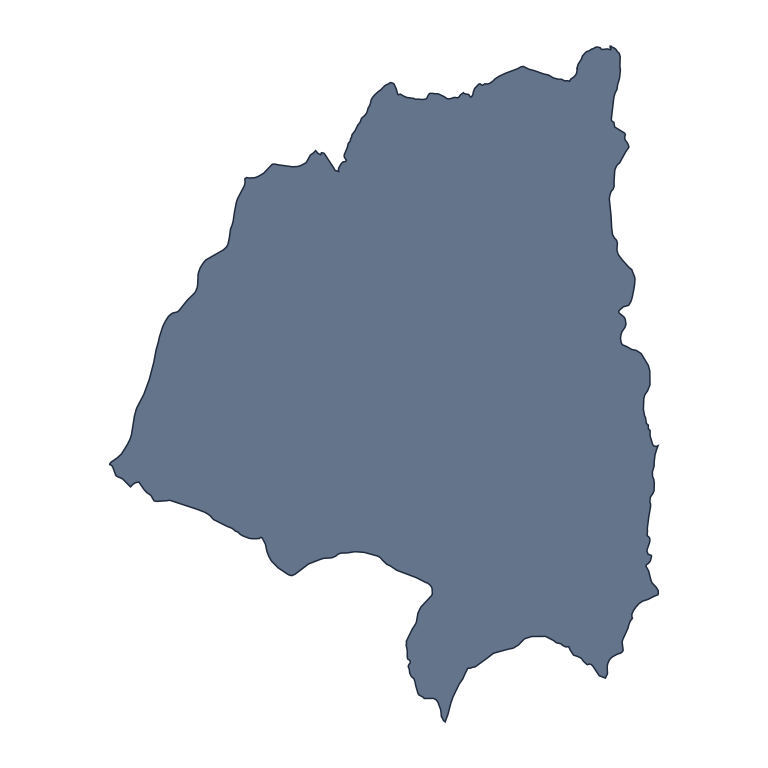 Buenavista, Boyacá, Colombia (Natural Earth projection)
{"feature_id": "7082276B74046727222387", "entity_name": "Buenavista", "entity_type": "district", "adm_level": 2, "iso_a3": "COL", "parent_name": "Colombia", "parent_adm1": "Boyacá", "projection": "natural_earth1", "projection_center": [-73.954, 5.487], "detail": "fine", "context": "isolated", "style": "filled", "palette": "slate", "viewbox_px": 768, "rotation_deg": 0, "n_neighbors": 0, "source": "geoboundaries", "source_scale": "gbopen_adm2", "svg_char_len": 6022}
<svg xmlns="http://www.w3.org/2000/svg" viewBox="0 0 768 768"><path d="M445.2,721.9L448.0,714.2L450.8,703.2L453.1,696.7L459.2,684.1L462.8,678.9L465.4,673.0L467.9,668.2L470.5,668.2L472.0,667.4L475.1,666.9L487.5,657.9L493.4,653.3L506.6,649.6L513.4,648.1L518.3,645.1L524.5,638.8L531.7,636.5L545.5,636.4L553.3,640.4L555.0,641.5L556.2,642.7L560.9,643.8L562.8,645.5L565.6,646.9L568.7,646.7L570.3,650.3L573.5,655.1L578.0,656.6L581.4,658.4L583.5,661.4L587.2,664.7L589.7,664.0L591.3,664.6L593.0,666.3L599.2,675.7L605.4,678.1L607.5,673.7L607.2,666.6L607.7,663.7L609.4,660.0L611.3,657.7L613.7,656.1L617.4,654.1L620.7,653.1L622.1,652.0L623.0,650.9L623.1,649.7L622.1,642.1L622.8,639.5L627.9,628.4L629.1,623.9L630.4,620.9L632.5,618.3L631.9,617.0L631.9,614.1L633.6,610.3L636.0,607.0L638.6,603.9L642.7,601.1L648.1,599.4L653.6,596.5L657.9,594.8L658.3,593.8L658.2,590.6L657.3,589.0L656.0,587.0L651.9,582.7L651.0,580.3L648.6,570.9L646.0,566.2L646.3,564.8L648.1,563.6L649.6,562.1L650.5,560.5L651.5,556.7L651.4,555.4L648.1,554.2L646.9,551.0L647.3,549.0L649.5,542.8L649.9,540.6L649.9,538.9L649.3,537.5L647.1,535.5L647.5,530.9L647.3,528.4L648.8,516.8L650.6,506.3L650.6,504.1L650.0,502.6L649.9,500.4L650.5,496.9L652.9,493.5L654.1,490.6L654.3,482.7L653.8,479.4L652.5,476.2L652.4,471.9L654.1,466.1L654.2,461.8L655.0,455.1L656.5,449.8L658.1,445.6L656.2,446.5L654.6,446.1L653.4,445.7L652.6,444.3L650.1,435.9L650.1,430.4L648.4,429.0L648.3,425.0L646.4,423.5L645.5,417.5L644.7,416.1L644.2,413.8L643.4,409.2L643.8,399.0L644.7,395.0L647.6,390.8L650.0,384.8L649.8,371.0L648.4,365.5L641.2,353.6L636.3,350.4L631.6,349.4L627.0,346.7L622.3,344.7L621.2,342.6L620.5,338.7L620.8,335.5L622.0,331.7L624.9,327.5L626.0,324.2L625.2,319.0L623.9,316.8L619.1,313.1L618.7,311.6L619.5,310.2L623.3,306.8L628.6,305.4L630.8,301.8L632.2,297.5L633.6,290.6L634.5,285.4L635.0,279.4L634.6,276.8L631.7,269.5L629.0,267.4L622.4,260.1L618.2,254.5L616.9,250.0L617.4,243.3L616.6,240.3L614.5,238.0L612.6,234.8L611.7,228.1L611.0,215.2L609.3,199.0L609.8,195.6L611.0,191.7L613.0,189.3L614.1,186.6L614.1,180.4L614.8,170.1L616.1,166.8L617.3,164.7L619.6,163.0L625.5,152.2L628.9,147.2L628.6,145.6L627.2,142.6L625.6,140.6L624.8,138.8L624.8,136.6L625.4,134.6L624.6,133.1L614.7,127.0L613.9,122.4L611.5,120.7L611.3,119.3L613.9,97.2L615.1,93.0L617.0,89.4L617.6,84.8L619.5,78.4L620.4,70.0L619.9,66.0L620.2,56.8L619.3,53.4L617.2,51.4L615.9,49.3L614.3,48.1L611.0,46.6L611.0,46.1L610.1,46.2L610.1,47.4L610.9,48.9L610.6,49.7L607.3,48.9L602.1,49.5L601.2,49.1L600.2,47.7L597.5,47.0L595.6,47.2L593.2,48.7L591.8,49.0L588.9,50.9L586.8,51.5L585.7,52.3L582.4,56.0L581.4,59.1L578.1,64.3L576.9,68.5L577.3,68.5L576.7,72.7L575.9,74.6L573.7,77.1L570.9,78.9L569.5,81.3L567.7,80.7L564.7,80.9L561.5,79.2L558.2,79.2L553.1,77.8L548.5,75.0L543.5,73.9L534.0,70.5L528.9,69.2L523.6,66.5L522.3,66.5L520.8,66.9L517.4,68.8L505.8,73.1L499.2,76.2L495.1,78.8L492.6,81.4L489.8,83.3L487.4,84.0L484.7,83.8L483.2,85.0L482.3,85.3L480.0,83.8L478.8,84.1L474.6,88.5L473.3,91.9L472.9,94.5L471.5,96.9L470.8,97.0L469.8,96.2L468.7,94.5L464.3,93.7L463.4,92.7L460.6,94.7L458.6,97.4L456.9,97.8L455.2,97.4L453.4,97.6L450.8,98.6L448.3,98.9L447.0,98.6L444.1,96.6L438.1,93.8L434.6,93.7L432.1,93.3L430.1,93.4L429.0,94.0L427.5,96.6L427.2,97.7L425.6,99.2L421.7,99.5L418.1,99.1L415.4,99.3L413.8,98.4L407.0,97.5L403.7,96.1L400.3,94.1L398.4,94.8L397.8,94.3L396.0,88.2L394.0,84.0L392.9,83.2L391.1,82.6L390.0,82.7L388.9,83.7L385.6,85.1L384.7,85.8L380.9,89.7L377.9,91.9L374.8,94.8L372.4,97.6L371.1,100.0L370.3,103.9L369.5,105.9L368.3,107.6L366.9,112.5L365.0,115.2L361.5,118.3L360.0,122.5L357.9,124.9L355.1,130.6L352.0,134.7L351.5,137.3L350.5,139.1L350.3,141.0L348.2,143.5L347.4,147.2L344.2,154.9L344.1,156.0L344.6,157.7L346.3,160.1L346.3,160.7L345.6,161.5L343.2,161.8L341.2,163.6L338.9,167.6L338.4,169.5L338.7,171.5L335.0,170.4L334.1,168.5L324.3,153.5L323.6,153.1L321.4,152.7L320.7,154.7L318.3,153.6L315.6,150.6L313.6,152.8L310.4,155.0L306.2,162.6L301.2,165.4L297.7,166.5L292.7,166.8L278.1,164.8L275.1,164.1L272.9,164.1L271.7,164.8L263.6,173.3L257.8,176.6L254.4,177.8L248.8,178.0L246.6,177.5L246.1,177.8L244.8,178.9L245.1,182.0L244.5,185.4L238.2,197.4L237.1,199.9L236.3,202.5L234.5,211.8L233.1,221.4L232.1,225.0L230.5,229.0L229.4,237.4L228.1,243.7L227.3,245.6L226.6,246.9L223.2,250.0L206.2,259.7L203.6,262.4L200.2,267.8L198.7,271.9L198.1,274.3L197.8,282.8L197.3,287.2L195.9,290.9L194.9,292.7L187.2,300.3L179.3,310.2L178.1,311.4L176.7,312.1L172.5,313.1L169.8,315.1L168.3,316.6L165.4,321.1L162.7,326.6L159.4,337.0L158.3,342.1L156.1,349.8L153.8,362.2L149.3,379.4L143.8,394.4L137.1,407.2L136.2,409.4L134.4,416.2L131.5,434.5L130.1,439.0L127.6,444.1L121.6,453.8L117.1,458.0L110.8,462.3L109.8,463.8L109.7,464.5L111.8,465.6L112.7,467.0L115.9,475.6L117.5,476.7L121.9,478.5L123.5,479.8L130.5,486.9L133.2,484.1L135.6,482.7L138.8,482.0L143.9,489.4L146.6,492.4L150.9,495.4L153.8,500.5L155.0,501.1L156.8,501.4L167.1,500.7L169.5,500.2L196.5,509.1L204.4,512.1L207.0,513.5L210.0,515.6L213.6,519.6L226.7,526.2L232.0,528.3L235.5,531.1L237.9,532.1L240.4,534.5L243.1,536.0L249.1,538.3L251.9,538.7L257.1,538.7L259.4,538.4L260.7,537.4L261.7,537.7L262.5,538.5L265.4,544.1L266.9,551.4L268.9,556.6L271.4,561.0L278.2,567.9L287.8,574.3L289.8,575.3L292.0,575.6L295.1,574.2L308.5,564.0L320.0,559.5L323.8,558.3L330.8,557.9L332.3,557.6L335.7,556.2L338.0,554.2L340.9,553.1L347.2,552.9L354.3,551.8L356.6,551.8L364.3,552.4L377.7,556.1L380.1,557.4L382.6,560.3L386.8,564.3L390.6,566.1L396.8,570.3L416.2,577.6L426.3,582.8L427.3,582.8L430.2,585.2L431.4,586.8L432.1,588.6L432.3,594.3L431.4,595.8L420.9,607.0L418.0,612.9L416.4,621.9L415.8,623.6L412.3,629.0L406.3,641.3L406.5,643.7L406.4,644.9L406.1,645.0L407.2,650.1L407.3,657.2L407.6,658.9L409.1,659.8L410.1,660.8L410.2,663.1L409.0,664.3L408.3,665.8L408.4,667.4L409.2,668.8L409.7,673.0L410.2,674.3L411.6,676.8L413.9,678.7L414.9,681.4L415.8,685.9L417.9,693.2L419.0,695.0L423.0,697.1L424.2,698.5L433.4,698.4L436.0,699.7L438.0,702.3L440.8,710.2L441.4,716.8L442.0,717.4L443.4,720.5L445.2,721.9Z" fill="#64748b" stroke="#1e293b" stroke-width="1.5"/></svg>